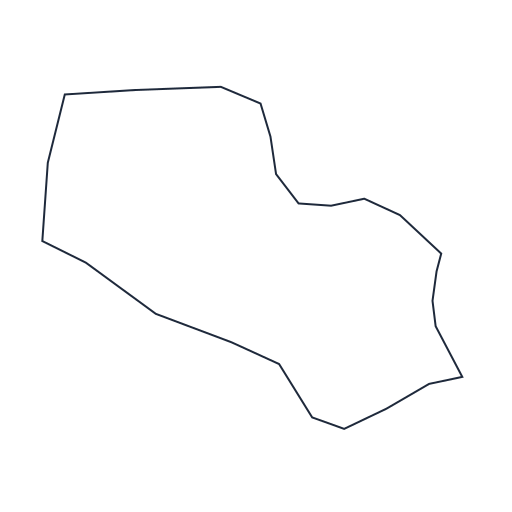 outline of Bushenyi, rotated 184°
{"feature_id": "UGA-3366", "entity_name": "Bushenyi", "entity_type": "District", "adm_level": 1, "iso_a3": "UGA", "parent_name": "Uganda", "parent_adm1": "", "projection": "robinson", "projection_center": [30.086, -0.492], "detail": "fine", "context": "isolated", "style": "outline", "palette": "slate", "viewbox_px": 512, "rotation_deg": 184, "n_neighbors": 0, "source": "natural_earth", "source_scale": "10m", "svg_char_len": 469}
<svg xmlns="http://www.w3.org/2000/svg" viewBox="0 0 512 512"><g transform="rotate(184 256 256)"><path d="M71.4,271.3L74.8,253.3L76.8,223.6L71.9,198.5L41.8,149.8L74.4,140.5L115.2,112.8L156.0,89.7L188.7,98.9L225.4,149.8L274.4,168.2L351.9,191.3L425.3,237.5L470.2,256.0L470.2,334.5L458.0,403.8L388.6,413.1L302.9,422.3L262.1,408.4L249.9,376.1L241.7,339.1L217.2,311.4L184.6,311.4L152.0,320.7L115.2,306.8L71.4,271.3Z" fill="none" stroke="#1e293b" stroke-width="2"/></g></svg>